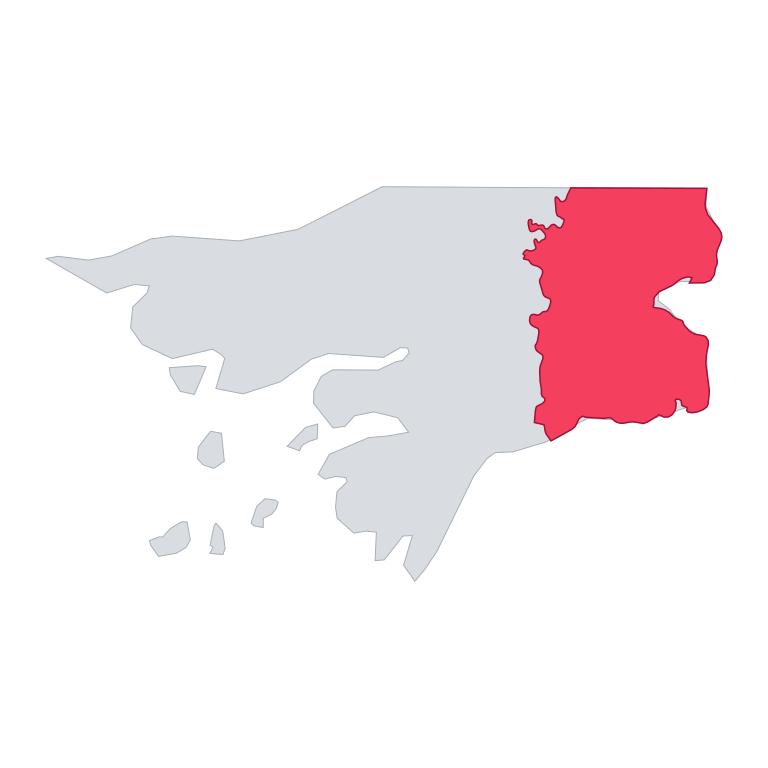 Guinea-Bissau, with Gabú highlighted
{"feature_id": "GNB-777", "entity_name": "Gabú", "entity_type": "Region", "adm_level": 1, "iso_a3": "GNB", "parent_name": "Guinea-Bissau", "parent_adm1": "", "projection": "albers", "projection_center": [-14.296, 12.118], "detail": "fine", "context": "in_parent", "style": "filled", "palette": "rose", "viewbox_px": 768, "rotation_deg": 0, "n_neighbors": 0, "source": "natural_earth", "source_scale": "10m", "svg_char_len": 5776}
<svg xmlns="http://www.w3.org/2000/svg" viewBox="0 0 768 768"><path d="M46.1,258.4L58.3,256.3L88.3,260.1L111.6,256.0L128.0,248.9L150.4,239.1L172.0,236.1L239.4,240.9L298.1,229.3L341.8,207.2L382.1,186.7L434.2,187.0L490.0,187.4L569.5,187.8L632.4,188.0L706.6,188.2L705.9,206.6L719.1,232.5L717.2,251.8L711.5,270.1L706.6,277.4L700.1,281.6L680.2,281.5L671.8,285.1L658.5,292.3L658.2,300.7L668.8,308.7L677.5,320.0L687.6,328.8L705.0,338.9L706.7,350.2L707.2,378.7L706.3,400.9L657.4,417.2L619.8,420.1L588.0,418.3L574.2,425.2L546.5,441.8L512.6,451.9L495.2,452.6L486.9,458.6L473.8,475.9L436.9,551.4L424.7,569.5L414.9,581.3L403.6,565.2L412.4,535.6L403.0,536.0L384.2,559.9L375.1,560.6L376.4,532.2L366.0,531.1L353.9,533.1L337.2,518.2L335.5,507.1L337.0,491.6L347.2,481.8L345.9,477.6L336.0,476.4L324.9,479.1L318.1,474.4L329.4,454.3L368.7,437.6L388.4,435.9L408.7,432.2L397.7,417.7L373.7,411.9L354.5,415.8L345.0,426.3L333.1,428.0L313.5,403.3L313.9,390.9L321.3,376.3L332.7,369.8L378.2,370.1L395.5,361.9L402.5,360.5L409.1,353.0L407.7,348.0L400.3,347.7L383.3,357.4L328.6,353.5L311.1,359.3L280.5,381.7L243.0,393.9L215.9,388.5L224.7,358.4L220.9,354.2L212.3,349.2L172.4,358.6L142.4,344.6L130.6,327.8L132.8,306.9L147.1,292.9L149.4,285.9L134.4,284.4L106.7,293.0L46.1,258.4ZM176.4,553.2L158.6,556.4L150.6,545.1L149.4,540.7L158.7,537.0L162.9,536.9L170.0,528.8L178.8,523.3L182.7,521.6L187.1,522.0L190.3,540.1L185.9,547.6L176.4,553.2ZM224.3,461.3L213.9,468.4L203.1,464.9L197.4,458.6L198.3,447.2L210.6,431.2L221.5,433.3L224.3,461.3ZM206.1,366.8L194.4,394.5L180.2,391.3L170.3,374.7L169.3,367.7L198.2,365.7L206.1,366.8ZM263.3,518.3L263.2,527.6L253.8,525.8L251.1,523.0L256.8,506.2L265.1,498.7L275.2,500.0L278.2,502.3L276.2,508.7L271.8,514.1L263.3,518.3ZM301.8,445.6L299.7,450.8L287.1,446.3L305.7,427.3L317.7,424.0L317.2,438.7L307.9,441.8L301.8,445.6ZM225.1,548.2L223.0,554.5L209.9,553.5L213.0,547.1L210.1,545.2L214.0,526.1L216.0,523.2L222.3,530.3L223.1,533.3L225.1,548.2Z" fill="#d9dde1" stroke="#a8b0b8" stroke-width="1"/><path d="M714.3,274.7L710.7,280.4L704.3,282.8L689.3,283.0L692.1,277.9L688.3,276.8L682.3,278.3L678.1,280.8L672.7,285.2L659.3,291.6L654.4,297.1L653.9,299.4L653.9,304.3L653.0,306.8L654.7,307.6L660.5,308.4L665.0,309.9L669.2,312.5L673.5,316.7L675.8,318.3L681.8,320.4L682.9,321.7L683.4,323.5L684.7,325.7L689.5,331.1L692.2,332.9L695.8,334.4L703.6,335.7L705.7,336.7L708.1,340.4L708.4,344.7L706.5,353.9L705.8,363.3L709.3,390.0L709.2,394.1L708.1,403.9L706.9,406.9L703.4,409.5L698.1,411.7L692.4,412.8L687.9,412.1L686.6,410.5L687.1,408.8L686.9,407.3L683.7,406.4L681.8,405.2L681.1,400.7L679.1,399.3L675.8,399.3L675.2,400.5L676.2,403.0L675.7,408.2L675.1,410.4L672.2,414.7L668.4,417.0L663.9,417.1L659.1,414.7L657.3,416.1L647.8,421.9L643.6,423.5L633.9,421.9L630.4,422.0L623.7,423.2L620.7,423.3L617.0,422.4L614.9,421.2L613.0,419.5L611.0,418.1L608.8,417.7L603.7,418.4L585.1,417.2L583.8,416.5L582.6,416.3L580.3,417.6L578.5,419.6L576.0,425.0L574.5,427.2L571.6,429.5L551.0,440.9L550.9,440.8L545.9,433.6L544.8,429.7L544.8,428.0L543.9,424.7L534.4,422.5L535.5,409.8L536.4,406.8L537.1,406.2L538.0,405.6L541.6,404.0L542.9,403.0L544.6,401.2L544.9,399.8L544.7,398.6L544.0,397.8L542.3,396.4L541.7,395.2L541.3,393.7L541.4,389.4L540.1,381.1L539.7,370.8L539.9,368.1L540.2,366.2L542.9,358.5L543.0,356.7L542.6,355.4L541.9,354.6L537.3,351.3L536.5,350.3L535.8,349.2L535.2,347.0L535.2,345.7L535.6,344.7L536.1,344.2L536.9,342.6L537.7,339.8L538.8,333.5L538.8,330.5L538.2,328.8L537.4,328.2L534.1,326.7L532.2,325.6L531.3,324.8L530.4,323.7L529.6,321.4L529.6,319.5L530.0,316.9L530.7,315.6L531.8,314.7L532.9,314.4L534.2,314.4L536.9,315.0L538.0,315.0L539.1,314.7L540.0,314.2L542.4,312.2L543.4,311.7L544.5,311.5L545.6,311.6L547.0,310.9L548.4,309.2L550.3,304.2L550.7,301.6L550.5,299.7L549.8,298.9L548.9,298.3L546.6,297.5L545.6,297.0L544.7,296.4L544.0,295.6L543.5,295.0L543.2,294.3L539.7,282.4L539.6,280.6L539.9,279.2L541.2,277.0L541.8,275.5L542.6,272.9L542.6,271.3L542.2,270.0L541.6,269.1L539.9,267.6L538.0,266.4L537.1,266.1L533.3,265.0L532.3,264.5L531.4,263.8L530.6,263.0L529.4,261.1L528.6,260.3L527.6,259.8L523.9,259.1L523.6,258.6L523.5,258.1L523.7,257.8L524.1,257.3L524.6,256.6L525.0,255.6L524.4,255.0L523.4,254.6L523.1,253.8L523.4,253.0L524.0,252.1L524.7,251.3L525.5,250.5L526.4,250.0L527.2,249.9L528.9,250.7L530.1,250.9L531.4,250.8L532.7,250.6L534.0,250.1L535.0,249.4L535.8,248.4L535.9,247.7L535.7,246.9L535.2,245.7L534.1,241.8L534.2,240.3L534.7,239.3L535.5,239.1L536.1,239.3L536.6,239.9L537.7,241.8L538.4,242.4L539.3,242.5L540.1,242.0L540.7,241.1L541.5,240.4L542.6,239.9L543.8,239.5L545.2,238.3L545.6,236.9L545.5,235.5L545.1,234.4L544.6,233.4L541.6,230.0L540.8,229.3L539.9,228.9L538.9,228.8L537.8,229.1L534.8,230.9L533.7,231.3L532.6,231.6L531.4,231.6L530.4,231.2L529.5,229.7L528.9,227.6L528.2,223.6L528.3,221.6L528.8,220.1L529.8,219.6L530.9,219.6L531.9,220.5L531.9,221.6L531.7,223.1L532.0,224.1L532.8,224.5L533.9,224.3L535.7,223.6L536.2,223.7L536.8,224.2L537.4,225.0L538.4,225.4L539.6,225.4L542.1,225.0L543.2,225.3L543.9,226.0L544.7,228.0L545.1,228.5L545.8,228.9L546.7,229.0L547.6,228.7L548.3,228.2L550.8,225.6L551.7,224.9L552.7,224.5L554.0,224.4L555.0,224.9L555.9,225.6L557.4,227.0L558.1,227.5L558.5,227.7L559.5,227.9L560.2,227.8L560.6,227.7L561.0,227.4L561.8,226.3L562.7,224.8L563.9,221.7L564.1,220.1L563.7,219.1L562.9,219.0L562.0,218.7L560.6,217.2L558.4,216.4L557.5,215.7L556.9,214.7L556.1,211.7L555.1,198.9L555.6,197.2L556.4,196.8L557.2,197.3L558.8,198.8L560.1,200.7L560.8,201.4L561.9,201.6L563.1,201.5L564.2,201.1L565.3,200.1L566.3,198.5L567.2,195.4L570.8,187.9L628.4,188.1L706.9,188.4L705.1,203.3L705.5,208.3L707.6,214.5L718.8,228.5L721.3,233.1L721.9,237.0L721.1,240.9L717.2,250.3L716.8,252.2L716.5,255.1L717.3,261.6L717.0,264.2L715.3,268.6L714.4,274.6L714.3,274.7Z" fill="#f43f5e" stroke="#9f1239" stroke-width="1.5"/></svg>